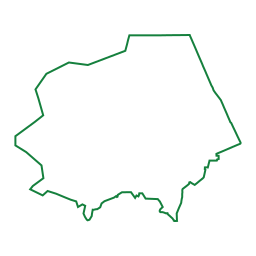 the district of Gebrat Al Sheikh, North Kordufan, Sudan
{"feature_id": "16777658B91752448930430", "entity_name": "Gebrat Al Sheikh", "entity_type": "district", "adm_level": 2, "iso_a3": "SDN", "parent_name": "Sudan", "parent_adm1": "North Kordufan", "projection": "mercator", "projection_center": [31.456, 15.37], "detail": "fine", "context": "isolated", "style": "outline", "palette": "green", "viewbox_px": 256, "rotation_deg": 0, "n_neighbors": 0, "source": "geoboundaries", "source_scale": "gbopen_adm2", "svg_char_len": 2657}
<svg xmlns="http://www.w3.org/2000/svg" viewBox="0 0 256 256"><path d="M129.4,35.3L129.3,35.6L128.0,40.3L127.1,44.1L125.3,50.8L87.9,65.0L68.9,62.5L46.4,73.8L35.5,89.4L38.3,98.1L43.2,115.3L34.7,122.0L15.4,136.2L15.4,145.4L26.2,152.1L41.5,165.4L43.4,178.2L32.8,186.0L30.2,189.3L42.7,195.4L47.6,191.0L56.1,193.7L65.0,197.4L70.7,199.7L76.2,201.4L78.0,207.0L82.4,204.4L85.2,205.8L83.5,213.5L85.0,216.9L86.8,219.7L87.7,220.3L89.5,219.7L91.7,216.1L92.0,213.7L92.7,209.8L93.0,209.9L96.2,209.2L97.2,209.2L100.2,207.3L101.6,203.4L102.3,202.9L104.5,201.2L114.0,197.6L116.1,196.1L116.9,197.0L117.5,196.7L117.9,194.8L121.9,192.3L127.7,192.2L131.0,192.2L133.8,196.1L135.1,197.9L136.5,195.5L138.4,196.4L138.9,195.4L139.3,193.3L142.3,193.3L145.6,198.6L157.8,199.1L159.0,200.6L159.8,201.4L162.7,207.0L160.2,209.4L159.7,210.7L159.8,211.6L160.4,212.1L161.5,212.1L162.4,212.1L163.8,212.5L165.1,213.0L166.1,213.4L166.7,213.3L167.1,213.1L167.6,213.3L167.6,213.9L168.2,214.6L168.8,215.1L169.6,215.8L171.9,217.9L172.5,218.4L172.9,219.0L173.2,219.5L173.7,219.9L173.8,220.7L174.3,221.0L175.9,221.0L176.9,220.9L177.0,220.9L176.9,220.1L176.9,219.4L176.8,216.2L176.7,213.9L176.7,213.4L177.0,212.7L178.5,209.0L178.7,208.5L179.0,207.8L180.6,204.2L181.2,202.8L181.4,201.0L181.6,199.9L181.7,199.1L182.2,197.1L182.2,195.2L182.2,194.4L182.2,194.0L182.3,193.0L182.4,192.5L182.3,190.0L182.7,188.9L186.5,186.0L187.4,185.3L188.0,184.8L189.1,183.8L189.3,182.4L190.2,182.1L190.5,182.4L190.9,182.6L191.4,183.0L193.3,184.1L194.7,184.9L197.1,183.0L199.7,180.8L201.1,179.7L201.6,179.3L202.0,178.9L202.3,178.8L203.7,177.4L204.4,174.4L204.9,172.1L205.4,169.8L205.4,169.7L204.8,169.2L204.9,167.8L204.9,167.4L206.1,167.3L207.8,167.5L208.8,163.4L209.3,161.5L209.5,160.6L210.4,160.6L212.5,160.6L214.7,160.6L215.9,160.6L216.4,160.6L216.9,160.5L217.1,159.5L218.7,159.0L218.6,155.8L216.5,155.7L216.4,153.9L216.8,153.7L217.6,153.3L218.6,152.9L220.8,152.0L221.3,151.8L232.2,147.1L233.1,146.7L233.7,146.5L235.0,145.9L235.3,145.8L236.9,145.1L238.9,144.3L239.1,144.2L240.3,143.7L240.5,143.3L240.6,143.1L240.6,142.9L240.6,142.7L240.1,141.6L239.8,141.0L238.7,138.8L238.5,138.3L237.7,136.7L234.8,130.5L233.3,127.4L231.2,122.9L230.4,122.3L229.4,119.9L227.4,115.3L227.4,115.2L226.1,112.2L223.9,107.2L222.7,104.3L221.7,102.1L220.9,100.2L219.5,98.3L215.5,93.1L213.6,90.4L212.7,87.8L212.7,87.7L211.3,85.3L210.6,83.6L209.9,82.0L209.0,79.9L206.5,74.1L205.5,71.7L203.1,66.3L202.2,64.0L199.5,57.8L198.5,55.5L196.3,50.3L195.1,47.5L193.1,42.9L193.0,42.7L192.1,40.6L191.1,38.3L190.6,37.2L190.2,36.3L189.7,35.0L180.3,35.1L168.1,35.2L161.6,35.3L141.6,35.3L135.2,35.3L129.4,35.3Z" fill="none" stroke="#15803d" stroke-width="2"/></svg>